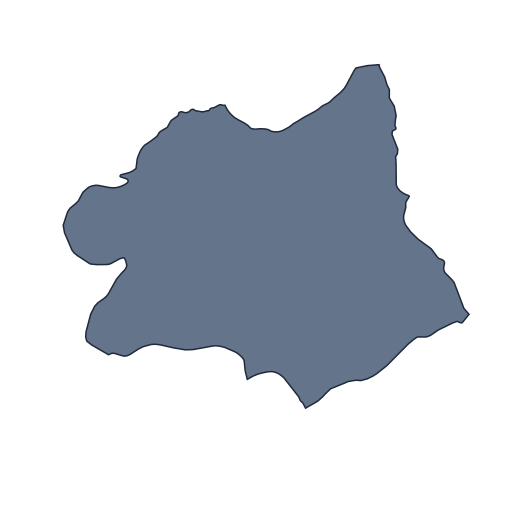 map outline of Hentiy (Mercator projection), rotated 73°
{"feature_id": "MNG-3315", "entity_name": "Hentiy", "entity_type": "Province", "adm_level": 1, "iso_a3": "MNG", "parent_name": "Mongolia", "parent_adm1": "", "projection": "mercator", "projection_center": [110.059, 47.757], "detail": "fine", "context": "isolated", "style": "filled", "palette": "slate", "viewbox_px": 512, "rotation_deg": 73, "n_neighbors": 0, "source": "natural_earth", "source_scale": "10m", "svg_char_len": 3571}
<svg xmlns="http://www.w3.org/2000/svg" viewBox="0 0 512 512"><g transform="rotate(73 256 256)"><path d="M109.0,82.4L111.9,82.6L122.5,80.6L130.5,80.7L135.9,79.8L143.5,82.2L145.4,82.0L153.0,80.0L162.4,80.9L164.3,81.6L166.1,82.7L170.2,84.3L171.7,85.0L174.6,84.7L175.5,85.3L175.8,86.0L176.1,88.0L176.4,88.9L177.7,89.6L179.5,90.4L195.4,89.2L199.6,90.9L202.0,93.6L203.1,93.7L209.1,95.2L229.1,101.1L232.4,100.7L235.6,99.4L238.6,97.2L241.3,94.4L242.5,92.8L243.3,92.0L244.1,92.2L247.9,96.5L249.2,97.4L253.5,98.6L260.6,103.0L263.7,104.0L266.9,104.2L270.1,103.9L278.3,101.0L287.6,95.9L300.4,86.3L310.5,82.7L311.9,81.8L314.0,79.0L315.3,77.9L317.2,77.6L318.8,78.2L322.1,80.0L324.0,80.4L325.8,80.4L327.6,80.0L336.1,75.5L339.4,74.3L366.9,72.5L374.1,69.3L374.3,69.7L379.7,77.7L380.1,78.5L380.1,79.0L379.8,79.6L379.1,80.7L378.0,81.9L377.6,82.4L377.3,83.0L377.6,88.1L380.1,103.5L382.8,111.9L383.2,114.9L383.1,117.3L381.4,122.8L380.6,125.3L381.8,129.3L384.7,136.2L399.2,163.2L403.7,174.7L405.0,179.2L406.0,185.4L405.8,192.1L404.0,196.8L403.0,204.4L404.8,223.5L408.6,231.0L409.7,232.6L412.8,239.2L416.0,253.1L410.5,254.1L410.0,254.3L408.1,255.5L407.1,255.9L403.2,256.3L380.3,265.1L376.1,268.0L374.5,269.5L373.2,271.1L372.1,272.7L371.4,274.2L370.8,275.9L370.4,277.7L370.0,279.9L369.6,285.4L369.5,288.8L370.0,293.9L371.4,300.4L362.5,299.9L353.0,298.0L351.6,298.1L350.4,298.3L347.2,299.8L344.0,301.9L341.7,303.9L334.2,312.7L331.6,317.1L330.4,319.9L329.5,323.1L327.1,343.5L325.1,351.0L319.9,361.4L313.0,373.5L311.2,377.4L310.0,381.6L309.7,390.1L310.0,392.4L310.7,396.0L313.0,404.1L313.5,406.4L313.7,408.6L313.4,410.7L312.7,412.4L308.0,419.4L307.2,421.2L306.9,422.6L307.3,425.9L293.1,439.1L288.0,442.7L283.8,442.6L278.8,440.7L263.3,431.1L256.8,424.8L254.4,420.7L252.3,414.2L250.9,411.0L249.5,408.8L237.3,396.1L233.1,389.6L230.9,385.5L228.9,383.3L227.1,382.3L222.8,382.0L219.7,382.4L218.8,383.7L218.8,387.0L220.8,396.9L220.9,399.0L220.6,400.9L217.7,410.8L215.4,416.3L214.8,417.2L203.1,426.9L199.5,429.2L196.3,430.3L177.8,432.3L170.3,431.4L159.3,423.7L157.3,421.7L155.7,419.3L153.2,413.2L151.3,409.7L144.5,402.9L142.1,397.8L141.7,396.9L141.2,395.1L141.1,394.1L141.1,392.0L141.2,390.6L141.6,388.3L142.4,386.1L147.9,375.7L149.2,372.1L149.8,369.3L149.9,367.1L149.8,364.2L149.4,361.0L148.6,358.1L147.6,356.6L146.2,356.2L144.9,356.8L143.6,358.2L141.0,362.1L140.5,362.5L139.8,362.7L139.1,361.9L138.8,361.2L139.2,353.4L139.0,351.2L138.7,349.5L137.3,345.2L128.2,341.1L123.2,337.2L120.7,334.8L118.3,331.6L117.3,329.6L116.1,325.3L113.0,316.7L112.1,315.1L109.7,312.5L109.0,311.2L107.4,305.0L107.3,303.8L106.9,303.1L102.2,298.2L101.6,297.4L100.8,295.2L99.3,290.3L98.9,289.4L98.2,288.9L97.2,288.4L96.4,287.7L96.0,286.4L96.5,284.5L97.6,283.0L98.5,281.2L98.6,278.5L98.2,277.2L97.3,275.7L97.1,274.3L97.3,273.2L98.0,272.5L98.7,272.0L99.4,271.3L102.1,266.0L102.7,264.1L102.8,262.9L102.8,260.4L102.9,259.9L103.3,258.8L102.8,257.9L102.0,257.1L101.6,256.1L101.8,252.6L101.6,251.1L100.7,246.6L101.1,245.3L102.4,243.1L102.7,241.6L107.7,240.7L111.3,239.4L113.0,238.6L116.2,236.8L117.5,235.9L120.7,233.0L125.2,228.5L127.9,226.2L129.0,225.4L131.7,224.1L132.3,223.6L133.3,222.3L134.4,219.8L135.6,214.5L137.2,210.0L138.8,207.2L140.1,205.9L141.1,205.1L142.4,202.6L143.6,198.9L143.9,196.1L143.7,193.3L142.4,186.7L140.3,181.3L139.3,176.7L137.5,170.2L134.9,157.0L133.8,153.3L132.2,149.5L131.7,147.9L130.8,142.2L130.2,140.3L127.5,135.0L124.3,127.3L121.5,122.5L118.6,119.2L114.1,114.8L112.7,113.2L111.1,111.8L109.6,110.1L107.7,108.4L105.4,105.4L106.5,93.8L109.0,82.4Z" fill="#64748b" stroke="#1e293b" stroke-width="1.5"/></g></svg>